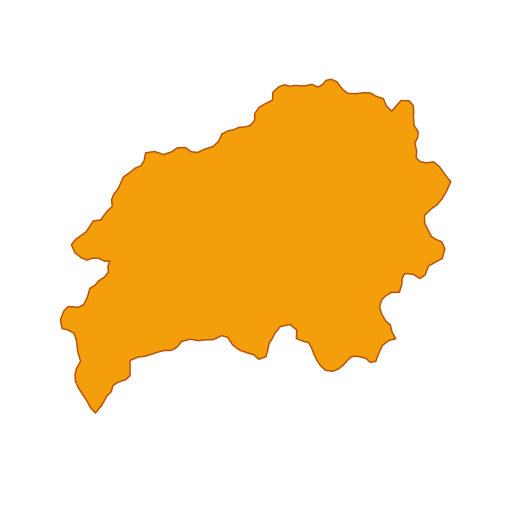 the district of Piedade dos Gerais, Minas Gerais, Brazil, rotated 13°
{"feature_id": "56859067B13510462648296", "entity_name": "Piedade dos Gerais", "entity_type": "district", "adm_level": 2, "iso_a3": "BRA", "parent_name": "Brazil", "parent_adm1": "Minas Gerais", "projection": "orthographic", "projection_center": [-44.249, -20.484], "detail": "fine", "context": "isolated", "style": "filled", "palette": "amber", "viewbox_px": 512, "rotation_deg": 13, "n_neighbors": 0, "source": "geoboundaries", "source_scale": "gbopen_adm2", "svg_char_len": 2544}
<svg xmlns="http://www.w3.org/2000/svg" viewBox="0 0 512 512"><g transform="rotate(13 256 256)"><path d="M429.0,139.8L423.6,135.6L419.2,131.7L414.7,127.8L408.0,124.3L401.0,126.9L394.6,127.2L389.9,124.2L389.0,117.7L385.4,110.3L386.8,104.2L386.2,98.7L380.7,93.2L378.4,86.1L377.1,79.5L375.3,73.9L370.0,70.3L362.2,72.0L358.2,79.5L355.7,84.3L349.3,80.7L344.8,74.1L336.5,73.3L331.1,71.4L324.7,72.6L316.6,75.4L308.8,76.9L302.7,74.1L295.6,68.0L289.5,66.9L284.8,69.1L282.3,73.9L278.4,77.5L271.9,76.2L264.7,79.5L255.6,81.0L250.4,83.1L245.3,82.7L240.1,86.1L235.6,92.7L237.0,100.6L230.6,105.7L225.5,110.5L222.8,117.4L224.1,124.2L221.0,130.2L216.0,132.9L210.5,134.4L206.0,137.9L201.0,140.1L195.3,144.8L193.9,152.5L189.5,159.0L181.7,163.6L175.7,168.3L169.6,169.0L162.7,166.3L155.2,168.1L150.2,173.5L143.1,178.0L133.8,177.0L125.2,180.3L125.6,188.1L123.6,194.0L118.5,197.6L114.0,203.3L109.0,208.9L106.7,221.2L103.5,228.1L102.6,233.7L104.8,239.9L101.8,244.4L99.0,249.8L96.8,255.7L89.6,258.4L87.3,264.7L85.0,270.6L80.3,276.1L76.6,280.3L73.6,286.5L78.7,293.4L85.9,296.9L92.3,298.0L97.1,294.9L103.3,293.6L109.6,295.1L114.6,294.0L114.1,299.5L115.8,305.0L113.0,310.7L108.2,315.7L105.7,320.7L101.4,324.9L101.0,333.9L99.1,341.9L94.8,345.8L89.5,346.7L84.3,347.5L81.1,353.0L79.8,362.3L83.4,370.2L89.3,370.3L96.3,372.3L100.4,379.5L103.8,389.3L108.8,398.1L106.3,406.1L106.4,412.6L108.3,418.8L113.0,424.8L117.8,429.6L122.8,434.1L128.7,440.9L134.9,445.1L139.0,436.7L140.7,431.4L142.3,425.7L145.5,420.7L145.7,414.4L150.1,409.9L156.9,405.7L160.2,400.9L158.6,393.8L156.7,386.1L163.8,381.0L169.9,378.9L175.4,375.8L181.8,371.8L187.9,368.7L194.8,367.0L199.8,362.2L202.9,355.8L210.8,351.8L219.1,351.4L224.7,349.3L233.1,347.2L240.4,341.3L246.8,341.6L253.1,347.8L261.1,351.4L269.9,352.4L275.6,352.6L282.0,356.0L288.4,351.8L288.6,345.2L288.4,338.3L290.4,333.0L291.8,327.0L295.6,319.2L304.6,315.1L312.4,318.9L313.9,327.3L320.8,328.4L326.7,328.6L330.5,332.7L334.7,338.9L339.0,344.2L343.7,348.5L349.5,351.7L356.8,351.1L361.8,347.5L365.8,342.3L368.8,336.8L371.9,332.4L377.5,330.9L385.8,330.9L391.4,333.9L396.4,331.7L397.3,324.4L399.2,314.8L404.3,308.5L410.7,305.2L405.7,299.5L402.3,292.8L396.8,290.0L391.5,284.3L387.8,277.6L388.3,270.7L391.1,265.8L395.9,261.1L403.8,259.1L404.5,250.7L403.4,245.4L404.9,239.6L413.5,238.5L420.8,241.1L425.0,236.3L426.4,226.8L431.7,222.1L438.1,216.4L438.4,206.5L433.7,200.3L427.9,199.4L422.7,197.7L418.1,192.3L413.1,186.3L411.0,178.6L416.3,170.5L420.9,165.4L424.4,158.5L427.3,149.1L429.0,139.8Z" fill="#f59e0b" stroke="#b45309" stroke-width="1.5"/></g></svg>